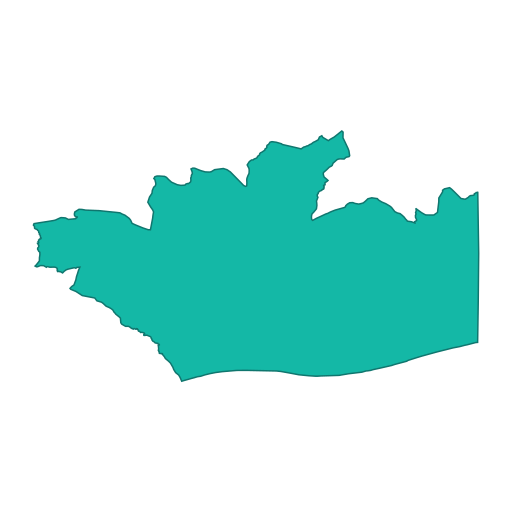 the district of Kalemie, Katanga, Democratic Republic of the Congo, rotated 91°
{"feature_id": "63176286B6958016734749", "entity_name": "Kalemie", "entity_type": "district", "adm_level": 2, "iso_a3": "COD", "parent_name": "Democratic Republic of the Congo", "parent_adm1": "Katanga", "projection": "equal_earth", "projection_center": [28.753, -6.07], "detail": "fine", "context": "isolated", "style": "filled", "palette": "teal", "viewbox_px": 512, "rotation_deg": 91, "n_neighbors": 0, "source": "geoboundaries", "source_scale": "gbopen_adm2", "svg_char_len": 6030}
<svg xmlns="http://www.w3.org/2000/svg" viewBox="0 0 512 512"><g transform="rotate(91 256 256)"><path d="M298.3,33.0L249.5,33.4L187.9,35.4L188.6,35.7L188.7,37.0L189.2,37.3L190.0,38.8L190.9,38.8L191.5,39.7L191.9,42.7L192.5,43.7L193.7,44.8L195.6,47.8L194.9,52.1L193.3,53.7L188.3,58.9L185.8,61.6L184.3,63.6L185.6,68.8L187.0,70.6L188.5,70.5L191.1,72.0L194.8,74.2L198.6,74.2L209.3,75.3L211.9,78.9L212.0,81.5L212.0,87.0L211.4,88.3L209.8,91.2L207.3,94.8L205.6,97.2L206.3,96.8L208.1,96.6L209.8,97.2L211.2,96.7L212.6,97.3L214.6,97.2L216.8,96.1L217.8,96.1L218.9,97.9L220.2,97.7L219.7,99.2L219.0,101.3L218.5,105.3L217.8,105.7L217.1,106.4L216.8,106.8L214.4,108.7L212.8,110.5L211.1,112.7L210.5,115.4L209.2,118.0L205.0,121.4L203.7,123.1L201.4,127.2L199.8,131.2L197.9,134.4L196.5,135.7L195.8,141.3L196.8,145.1L199.3,147.6L201.0,149.6L201.6,151.4L202.3,154.2L201.7,157.9L200.9,160.2L201.1,163.2L202.5,165.5L204.1,167.1L205.3,167.5L206.0,168.6L207.5,173.6L208.7,177.6L209.8,180.3L210.8,182.6L212.1,185.0L212.7,186.8L215.3,192.1L217.1,195.9L218.6,198.6L219.2,199.5L219.4,200.0L218.5,200.9L216.9,201.2L214.9,201.2L212.9,200.7L211.1,199.0L207.8,196.4L204.3,196.0L201.9,196.2L200.0,196.5L196.2,195.1L195.0,195.8L193.5,195.8L192.5,194.9L191.4,194.8L190.1,193.5L189.2,191.4L188.6,191.2L187.9,189.6L187.2,189.7L186.8,189.1L185.9,189.4L185.6,189.1L184.2,189.6L183.7,188.4L183.6,188.2L181.5,188.3L181.2,188.1L180.7,187.0L180.1,186.4L180.1,186.2L179.2,185.3L178.3,186.3L175.8,189.3L175.0,189.6L172.8,190.2L171.4,190.0L168.4,186.7L165.9,184.3L164.8,182.2L164.1,181.4L161.9,180.6L158.3,176.7L157.7,175.4L157.4,173.6L157.5,169.6L157.3,169.4L155.7,167.6L155.0,164.7L154.1,164.1L149.3,164.9L146.8,165.9L140.5,169.0L136.3,171.1L130.6,171.1L129.5,172.4L135.7,179.9L138.0,183.8L139.4,185.7L136.2,191.3L134.6,192.3L134.9,192.8L135.9,194.6L138.7,195.8L140.7,199.2L141.0,199.9L141.3,200.6L142.2,201.7L142.9,202.5L143.7,204.4L144.8,205.8L145.2,207.5L145.7,208.2L146.2,209.9L146.3,210.3L148.1,212.7L146.5,219.9L144.1,231.4L143.3,232.6L141.9,237.7L141.4,242.0L141.9,243.9L144.2,245.4L145.0,246.7L146.0,247.2L147.1,247.0L147.9,247.5L148.9,248.9L150.0,249.0L152.1,252.0L152.8,253.4L153.7,254.1L154.8,254.2L156.4,256.2L157.6,256.6L158.3,257.6L159.0,259.4L159.0,259.5L160.0,260.6L160.0,261.4L160.1,262.2L161.7,264.3L165.1,266.4L168.7,264.5L170.7,264.3L173.5,264.4L175.9,265.5L178.4,266.4L180.1,266.6L182.9,266.4L186.0,266.5L186.6,267.7L185.7,269.6L183.1,272.2L172.4,283.1L170.2,286.5L169.5,288.9L169.1,290.2L170.4,298.9L172.5,302.2L172.9,304.0L172.8,308.2L171.6,312.7L170.3,316.2L169.3,318.7L169.2,320.7L170.1,322.5L173.0,321.3L174.8,321.1L176.4,322.0L178.1,322.1L179.1,322.6L181.7,322.4L183.2,322.8L184.8,324.8L184.7,325.6L185.3,327.4L186.4,328.3L186.7,332.4L186.1,336.0L183.7,341.7L181.2,344.6L178.9,346.9L178.0,348.8L177.7,354.2L177.8,356.6L178.5,358.5L180.4,359.5L181.2,358.5L184.5,357.6L185.9,357.4L187.6,357.9L189.0,359.5L192.2,360.8L195.1,361.1L198.9,363.5L201.8,364.4L204.1,365.1L208.7,362.3L211.7,360.1L213.7,359.2L216.9,359.7L220.0,360.0L231.6,362.0L231.6,364.3L229.9,369.6L228.2,374.0L227.0,377.1L225.5,380.5L222.5,381.9L220.6,383.4L217.5,387.7L216.4,390.5L215.2,392.8L214.8,396.9L214.3,403.1L213.4,413.7L213.1,427.1L212.5,430.7L212.4,433.8L215.1,437.9L216.7,438.3L218.2,438.3L219.8,437.3L220.1,435.4L220.4,435.4L221.9,437.1L222.7,444.3L221.3,447.1L221.1,449.2L221.0,451.6L221.5,452.9L222.9,455.8L223.6,457.2L224.1,459.3L225.0,464.2L226.9,475.2L227.5,478.5L229.0,479.1L230.3,478.0L232.0,477.9L232.6,477.3L233.4,475.2L233.9,475.0L234.9,473.8L236.4,473.6L237.1,472.8L238.1,473.0L239.3,472.0L241.1,471.8L241.8,471.1L242.5,471.4L242.8,472.7L243.3,472.7L243.8,473.6L244.7,473.6L245.5,474.2L246.2,473.5L246.7,473.6L247.1,474.7L247.8,474.3L248.1,473.9L249.0,473.7L249.4,473.3L250.8,473.5L251.8,474.4L252.9,474.5L255.1,473.3L256.0,472.2L258.5,472.1L261.5,472.5L264.7,472.5L268.7,475.5L269.9,476.7L270.6,475.4L270.6,474.5L270.5,474.1L269.4,471.6L269.3,470.5L269.4,468.1L270.9,465.4L270.3,464.9L270.3,464.0L270.8,462.0L270.6,457.5L270.9,455.9L271.6,454.9L272.3,454.4L273.5,454.6L273.9,454.2L274.3,454.4L275.0,454.1L274.9,453.4L275.2,451.1L276.3,449.1L274.6,447.5L273.1,445.5L272.4,443.6L270.9,437.6L271.0,436.8L271.4,435.9L270.5,434.9L270.2,431.9L273.7,433.3L276.2,434.0L279.7,435.1L283.0,435.7L288.1,437.5L289.7,439.7L291.6,441.4L292.5,440.7L294.6,435.4L298.6,429.0L300.8,416.5L303.6,414.3L304.9,409.6L306.0,408.1L308.8,405.0L310.1,401.8L311.4,399.6L312.5,398.2L314.7,396.9L315.0,396.6L315.6,395.9L316.6,395.2L319.7,391.2L320.5,390.5L325.1,390.0L326.5,389.0L328.6,385.2L328.5,382.6L328.9,381.4L330.6,379.1L330.7,378.3L331.3,377.5L330.6,376.6L331.3,375.1L331.2,374.6L330.7,374.3L330.8,373.5L331.4,373.4L331.6,372.7L332.8,372.4L333.2,372.1L333.3,371.2L334.5,370.1L334.3,368.7L334.8,366.7L335.2,366.2L335.7,366.0L336.3,366.8L337.2,366.8L337.4,366.5L337.2,364.7L337.1,363.7L338.5,360.1L339.4,359.4L340.3,359.3L340.8,358.7L341.7,358.6L343.0,357.6L343.7,356.2L344.7,355.3L345.0,352.8L345.4,352.9L346.0,351.3L346.5,351.1L346.8,351.4L347.3,352.2L348.1,352.0L350.8,351.7L351.0,351.8L352.1,352.0L353.2,351.4L353.2,351.2L353.3,351.2L354.1,351.1L354.5,351.1L354.8,351.0L355.0,350.9L355.0,350.6L355.1,350.4L355.1,350.1L355.2,349.8L355.1,349.6L355.1,349.4L355.2,349.2L355.3,349.0L355.2,348.9L355.2,348.7L355.2,348.4L355.2,348.2L355.3,347.9L355.5,347.9L355.7,348.1L358.2,345.9L360.1,344.8L362.6,341.7L364.5,339.7L368.8,337.1L370.9,336.3L374.0,334.3L376.4,331.2L378.9,329.7L382.5,328.1L381.7,325.6L377.7,312.3L377.2,309.2L375.8,305.2L374.4,299.9L373.2,294.3L372.2,287.6L370.8,273.9L370.7,272.2L370.5,262.8L370.6,233.6L371.0,229.2L372.3,221.0L374.0,211.1L374.8,201.2L375.1,194.7L375.1,192.6L374.8,189.1L373.9,170.8L373.4,168.3L372.1,161.3L370.3,148.1L369.0,143.9L368.9,142.6L368.4,139.5L367.9,138.0L367.5,136.7L366.2,131.1L363.1,118.5L362.7,117.4L361.9,115.1L358.6,103.5L357.7,102.1L354.7,93.2L353.1,88.2L348.9,73.9L347.4,68.4L344.4,57.3L343.0,50.6L341.6,45.7L341.1,43.4L338.7,34.8L338.5,32.9L299.6,33.0L299.0,33.0L298.3,33.0Z" fill="#14b8a6" stroke="#0f766e" stroke-width="1.5"/></g></svg>